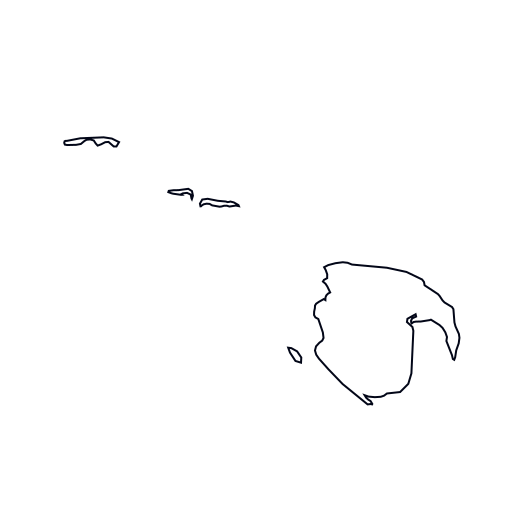 map outline of Isla de la Juventud (orthographic projection), rotated 212°
{"feature_id": "CUB-1320", "entity_name": "Isla de la Juventud", "entity_type": "Special Municipality", "adm_level": 1, "iso_a3": "CUB", "parent_name": "Cuba", "parent_adm1": "", "projection": "orthographic", "projection_center": [-82.43, 21.696], "detail": "fine", "context": "isolated", "style": "outline", "palette": "ink", "viewbox_px": 512, "rotation_deg": 212, "n_neighbors": 0, "source": "natural_earth", "source_scale": "10m", "svg_char_len": 2156}
<svg xmlns="http://www.w3.org/2000/svg" viewBox="0 0 512 512"><g transform="rotate(212 256 256)"><path d="M185.7,271.8L183.9,274.9L185.9,278.2L189.4,281.0L192.3,282.6L189.9,286.6L184.8,292.0L179.1,296.7L174.7,298.8L170.1,299.6L138.8,315.4L120.0,322.2L102.7,324.1L99.8,323.0L97.5,320.5L81.5,320.1L79.1,319.4L74.3,317.2L71.5,316.5L62.7,316.6L60.4,315.5L52.5,304.8L49.5,302.0L42.6,297.4L40.1,294.4L37.8,289.3L36.2,282.1L33.4,275.6L32.9,273.0L34.5,273.0L37.2,275.7L49.5,284.8L51.1,288.5L55.0,291.6L59.7,293.9L63.8,294.7L73.9,294.7L74.7,293.7L81.6,287.7L85.5,285.2L87.4,283.5L88.2,281.4L88.9,281.6L90.2,283.2L90.5,285.9L88.1,289.5L89.8,291.2L94.3,283.0L93.0,280.0L85.7,278.7L82.9,275.9L62.0,238.8L59.1,228.3L61.7,217.0L72.1,208.8L73.4,205.4L75.6,202.7L80.5,199.2L86.1,196.4L90.1,195.5L87.5,194.2L84.8,193.7L82.0,193.7L79.0,192.2L78.9,191.7L80.5,191.1L82.7,189.3L114.6,193.3L134.5,198.3L148.2,202.3L152.6,204.2L155.9,207.1L157.2,211.2L156.3,216.1L155.0,219.3L155.3,222.3L158.8,226.6L169.8,235.6L173.1,235.4L175.5,236.7L177.2,239.6L178.4,242.9L179.7,245.3L179.7,247.4L178.4,250.4L175.7,255.4L173.8,255.4L175.1,257.6L175.5,259.9L175.0,262.2L173.8,264.4L179.3,267.9L182.3,269.3L185.7,269.8L185.7,271.8ZM478.4,252.8L477.4,253.4L467.4,262.7L448.1,275.9L440.5,279.2L432.5,280.0L432.4,274.9L434.7,273.5L441.5,274.6L444.2,272.6L446.5,268.7L448.8,265.7L451.6,266.5L454.8,268.0L458.4,267.0L461.3,264.8L462.4,262.7L463.9,258.2L467.4,255.0L475.0,250.0L477.1,249.2L478.6,250.3L479.1,251.9L478.4,252.8ZM329.4,268.7L331.3,270.7L331.5,275.4L327.3,278.9L317.6,282.6L310.5,286.2L308.8,286.6L307.6,287.5L306.6,288.6L303.2,289.7L297.9,289.9L296.9,289.2L299.8,288.1L304.7,283.9L307.4,283.2L309.7,281.7L311.5,279.7L313.0,278.5L320.0,275.7L322.9,275.6L325.6,274.2L327.8,272.1L328.7,270.2L329.0,269.0L329.4,268.7ZM360.9,264.4L364.2,263.7L364.5,265.0L360.9,268.0L356.6,270.8L349.0,277.1L344.7,277.1L341.4,273.7L340.5,270.2L341.2,270.6L343.9,273.5L347.9,273.0L351.2,270.4L352.2,268.8L351.2,268.7L351.9,268.2L359.3,264.9L360.9,264.4ZM166.9,187.9L176.0,192.1L180.1,195.3L177.2,196.6L170.6,196.9L163.8,193.9L161.3,189.4L166.9,187.9Z" fill="none" stroke="#020617" stroke-width="2"/></g></svg>